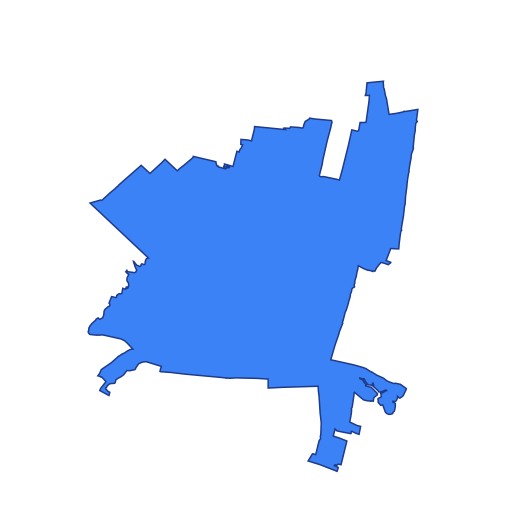 outline of Brebeni, Olt, Romania, rotated 11°
{"feature_id": "2599482B35744106763327", "entity_name": "Brebeni", "entity_type": "district", "adm_level": 2, "iso_a3": "ROU", "parent_name": "Romania", "parent_adm1": "Olt", "projection": "natural_earth1", "projection_center": [24.489, 44.373], "detail": "fine", "context": "isolated", "style": "filled", "palette": "blue", "viewbox_px": 512, "rotation_deg": 11, "n_neighbors": 0, "source": "geoboundaries", "source_scale": "gbopen_adm2", "svg_char_len": 6139}
<svg xmlns="http://www.w3.org/2000/svg" viewBox="0 0 512 512"><g transform="rotate(11 256 256)"><path d="M349.1,439.6L346.3,447.3L358.6,448.6L376.7,451.9L377.1,447.9L374.7,447.1L373.0,447.0L372.8,446.7L373.5,445.8L374.6,445.9L375.7,445.7L376.3,444.6L379.3,444.7L380.5,420.3L372.6,418.8L366.2,418.0L366.5,413.1L366.5,410.7L367.7,411.2L368.3,412.1L370.7,412.3L382.9,412.3L383.1,412.2L383.2,411.9L382.9,410.0L383.4,409.8L388.6,411.1L391.2,411.4L391.2,403.3L387.5,403.1L379.7,401.1L379.7,395.3L379.5,390.6L379.2,390.0L379.3,388.9L378.6,387.6L379.2,386.5L379.2,385.0L378.7,374.0L378.4,371.3L378.6,371.0L389.0,376.7L392.1,376.9L396.6,376.6L396.6,376.2L396.8,376.1L398.9,376.2L398.7,374.0L398.8,372.7L399.6,371.4L401.4,369.5L401.6,368.5L401.5,368.0L400.2,367.0L394.3,363.0L393.3,362.8L391.5,362.9L389.6,362.4L388.6,362.7L388.4,362.3L388.9,361.7L387.4,360.4L386.3,359.6L385.8,358.6L384.3,357.3L381.2,356.5L381.0,356.3L381.0,356.0L382.2,356.0L384.7,356.5L384.9,355.9L385.6,356.0L385.7,356.8L386.7,357.0L387.5,358.6L388.8,359.4L389.3,360.3L391.2,361.0L393.4,360.8L394.2,361.0L394.9,360.4L394.8,358.6L395.0,358.4L396.3,360.6L395.7,361.2L395.6,361.4L401.5,364.9L402.2,365.8L402.7,366.0L403.5,365.9L405.3,365.2L408.5,363.0L409.2,362.8L409.8,362.9L410.0,363.2L408.5,364.1L406.3,366.2L404.6,367.0L405.9,370.1L405.6,370.6L403.7,372.0L402.9,373.0L403.5,374.6L403.8,376.3L406.9,378.8L408.8,378.0L412.8,384.6L414.4,385.7L416.6,386.1L418.3,385.7L419.9,384.9L420.2,384.5L420.3,383.4L421.3,382.1L421.5,381.3L421.5,377.3L421.0,374.3L420.6,373.9L418.2,373.3L418.0,373.0L418.0,372.5L419.8,372.4L421.1,371.6L421.5,370.7L421.9,368.9L421.9,368.0L421.7,366.8L423.1,367.8L424.4,368.1L426.8,365.6L427.3,364.5L429.0,357.9L428.7,357.4L422.3,354.4L417.1,354.3L415.5,354.9L409.3,353.9L407.1,353.0L404.5,351.6L397.3,349.9L391.5,347.7L390.5,347.6L385.2,345.5L382.1,345.0L372.3,344.2L349.2,343.6L350.6,328.2L352.3,316.3L352.2,315.0L354.0,305.3L353.5,304.9L353.5,304.1L353.8,302.9L354.3,294.0L354.9,292.0L355.7,284.7L355.7,282.7L356.2,278.6L356.0,275.2L356.5,273.1L356.5,269.8L357.0,268.9L358.3,268.0L358.6,267.5L358.2,266.6L358.0,265.8L358.0,264.6L358.2,263.5L357.8,261.9L357.8,261.1L358.3,257.1L358.2,252.8L358.4,250.0L358.3,246.0L363.6,247.7L367.9,248.6L371.0,248.5L373.7,248.9L373.8,248.4L374.2,248.2L375.6,248.2L376.6,244.6L379.7,238.7L380.9,238.5L383.1,238.6L387.5,239.3L389.6,236.8L389.5,236.5L384.6,235.6L386.6,224.4L386.7,223.0L394.8,221.8L394.2,216.8L393.6,208.1L393.5,204.6L393.6,203.9L394.1,203.0L393.6,202.0L393.4,200.9L393.1,188.4L392.3,178.7L392.5,176.4L392.3,175.3L391.5,169.4L390.8,158.6L390.5,156.3L390.1,150.5L390.0,144.9L390.2,144.0L389.8,142.6L389.6,137.8L389.5,129.7L389.2,128.3L389.2,127.1L389.3,124.8L389.7,123.1L390.0,119.9L389.9,119.7L389.6,119.7L388.4,107.3L388.4,102.5L387.8,98.9L387.6,95.5L387.8,94.3L388.7,93.4L388.7,93.2L387.8,92.3L387.6,91.9L386.9,81.2L375.2,85.6L373.8,85.6L373.1,86.4L367.1,89.0L359.6,91.6L354.1,76.7L352.3,73.5L350.1,67.8L349.0,66.2L348.7,64.4L347.8,61.6L347.8,60.1L331.9,64.8L332.9,74.9L332.9,76.6L332.6,77.0L332.7,77.6L336.7,76.7L337.4,82.6L338.5,103.7L336.3,104.4L332.7,105.1L332.8,113.0L332.5,113.8L331.3,114.2L326.0,113.9L325.6,129.0L324.3,154.1L323.4,165.5L320.8,165.3L307.3,165.1L304.5,165.8L303.2,165.5L302.8,165.0L303.5,153.4L303.3,149.2L303.9,129.6L304.9,115.6L304.9,112.0L305.2,110.6L304.3,108.6L287.1,110.3L282.4,110.4L282.2,110.6L282.1,111.3L281.7,111.8L278.8,114.3L278.5,115.0L277.9,118.1L277.9,120.6L277.6,121.3L276.1,121.7L273.9,121.6L265.2,122.7L265.1,123.6L264.4,124.3L259.2,125.0L258.9,125.2L260.6,126.3L229.9,129.2L230.2,132.1L229.6,143.8L225.7,143.7L219.0,144.4L219.8,149.4L221.6,149.4L221.1,152.2L219.8,155.0L219.6,157.2L217.3,156.8L216.3,172.5L207.5,171.7L207.8,172.9L207.4,173.7L207.2,174.5L208.0,175.0L210.3,173.6L212.6,173.3L213.0,173.7L212.9,174.3L210.4,175.0L209.6,176.3L202.0,175.7L202.0,175.0L200.1,174.8L199.8,173.6L199.1,172.6L198.8,171.3L198.5,171.1L175.4,170.2L175.5,171.1L175.0,171.9L167.5,181.2L164.3,184.8L162.5,187.4L148.2,178.4L145.5,182.6L136.2,195.2L126.0,188.9L107.4,212.9L107.1,214.1L106.2,214.7L104.7,217.0L101.0,221.4L94.3,230.5L93.6,230.8L92.8,230.7L83.0,235.7L150.8,278.5L149.7,279.1L148.8,279.8L148.3,282.3L148.6,284.7L148.5,285.4L147.7,285.8L145.9,285.5L145.2,285.6L144.8,286.3L144.9,287.6L144.1,288.4L140.9,287.8L139.6,286.9L137.1,284.7L136.7,284.6L137.1,285.6L138.2,287.3L138.8,288.7L140.3,291.0L141.6,292.5L141.4,293.0L141.2,294.2L140.8,294.9L140.0,295.5L134.7,295.8L132.6,295.9L132.0,294.6L131.9,294.6L131.6,295.7L131.2,296.3L132.5,297.4L134.7,298.4L133.7,301.5L133.7,303.4L134.1,305.1L135.9,306.8L136.5,308.5L136.6,310.7L134.7,311.2L134.8,311.8L136.2,311.6L136.2,312.1L134.4,312.3L134.3,313.6L131.4,313.1L131.4,318.3L130.6,319.0L129.5,319.0L128.3,319.5L127.6,320.3L127.6,320.7L126.8,321.1L126.9,323.3L125.9,323.5L122.0,323.4L120.7,330.3L121.3,330.6L121.9,331.7L121.7,332.8L121.6,333.3L120.6,333.9L118.7,336.2L117.9,337.4L117.6,338.3L117.4,339.5L117.7,341.7L117.7,343.5L117.4,345.8L114.9,347.9L114.4,347.9L112.8,346.9L111.2,348.4L110.6,349.9L107.8,353.6L106.2,356.6L106.1,357.6L105.7,358.3L105.9,360.8L105.7,362.5L106.6,363.8L107.6,364.6L108.4,364.8L109.2,364.5L111.0,364.5L114.5,364.1L117.1,363.6L120.5,362.7L139.2,363.2L143.1,364.2L146.1,366.0L152.9,370.9L151.4,371.3L150.1,372.0L147.5,374.1L145.5,376.2L143.3,377.7L140.9,380.2L140.4,380.4L134.4,388.3L125.8,397.0L124.9,401.1L123.6,403.8L125.1,403.9L127.0,404.4L127.1,404.1L128.4,404.7L132.5,407.8L132.5,408.4L129.1,414.9L128.4,417.0L128.3,417.9L138.3,421.0L138.5,417.7L136.4,417.0L133.6,414.8L133.6,414.1L134.3,413.4L134.7,412.2L135.8,410.3L137.1,409.2L141.6,407.9L141.9,407.0L142.1,404.3L144.0,402.3L146.6,400.2L148.8,397.8L151.1,393.1L154.0,392.7L158.7,390.7L159.1,390.2L159.5,388.4L161.4,384.1L164.8,381.8L168.2,380.7L184.2,382.4L183.8,384.8L183.8,387.7L184.1,387.8L195.3,386.5L207.8,385.6L244.6,381.9L249.2,381.5L250.2,381.7L250.8,381.2L253.4,381.1L259.3,379.5L279.9,376.0L291.4,374.5L293.1,383.3L306.9,379.9L341.8,372.0L343.1,376.9L344.8,382.2L349.0,398.2L351.9,407.4L353.6,418.4L353.6,421.0L354.3,423.1L353.2,425.0L352.5,439.5L349.8,439.2L349.1,439.6Z" fill="#3b82f6" stroke="#1e3a8a" stroke-width="1.5"/></g></svg>